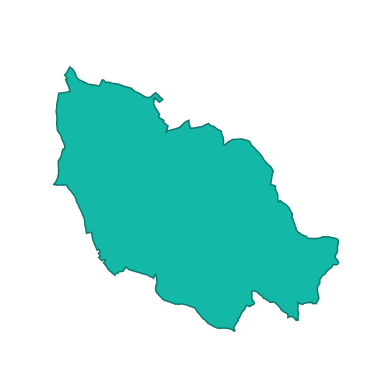 the district of Alunis, Cluj, Romania, rotated 169°
{"feature_id": "2599482B75339892502003", "entity_name": "Alunis", "entity_type": "district", "adm_level": 2, "iso_a3": "ROU", "parent_name": "Romania", "parent_adm1": "Cluj", "projection": "mercator", "projection_center": [23.748, 47.047], "detail": "fine", "context": "isolated", "style": "filled", "palette": "teal", "viewbox_px": 384, "rotation_deg": 169, "n_neighbors": 0, "source": "geoboundaries", "source_scale": "gbopen_adm2", "svg_char_len": 5893}
<svg xmlns="http://www.w3.org/2000/svg" viewBox="0 0 384 384"><g transform="rotate(169 192 192)"><path d="M226.9,84.4L223.2,84.1L219.7,82.5L217.8,81.9L216.9,80.8L213.9,79.3L211.7,77.8L211.0,77.0L209.4,72.7L208.6,71.7L207.2,69.2L206.4,67.4L205.0,65.2L204.0,64.5L201.2,60.0L196.1,55.6L193.8,54.1L191.9,53.2L186.3,52.3L181.7,50.9L178.6,49.0L177.3,47.3L176.5,47.6L176.4,48.0L176.8,49.6L177.3,50.5L175.5,52.4L174.4,54.0L173.8,54.5L173.3,55.3L171.2,56.7L171.0,57.0L171.2,57.7L170.8,58.9L170.3,58.9L169.3,59.6L168.9,60.5L167.5,62.1L166.3,64.1L162.7,66.8L160.3,70.3L160.1,70.4L158.1,69.0L156.9,68.5L156.0,69.3L155.3,69.3L153.1,69.9L151.9,70.8L152.0,71.9L152.4,72.3L152.5,73.0L152.9,73.5L152.8,73.8L152.9,74.2L153.6,74.8L153.4,76.9L153.3,78.1L152.8,79.2L152.6,81.1L152.7,81.9L152.5,82.6L150.6,83.4L148.6,82.4L147.2,81.5L145.9,79.4L144.9,78.2L143.9,77.6L143.4,76.9L142.1,74.2L141.8,73.8L140.1,72.9L139.5,72.1L137.3,70.2L136.7,69.0L135.9,68.7L132.9,68.4L131.6,67.5L128.8,63.8L127.9,62.1L127.1,59.7L126.4,58.7L125.1,57.2L121.5,54.2L121.3,52.5L121.9,50.5L119.6,50.8L117.2,50.5L116.1,49.3L115.6,48.3L115.1,48.0L114.9,47.1L114.2,46.1L113.8,46.1L113.3,47.1L113.1,46.8L113.0,46.0L112.1,46.0L112.0,48.9L110.4,52.7L110.8,54.4L110.6,55.1L110.6,56.2L110.2,58.1L109.9,58.9L109.8,59.9L109.5,60.8L109.6,61.4L109.2,61.7L109.2,63.2L108.6,62.5L105.0,60.6L103.3,61.2L101.0,61.3L100.0,61.1L99.3,61.4L97.7,61.1L97.0,60.7L96.6,61.2L96.4,61.2L95.3,60.4L95.1,60.0L95.0,59.4L93.9,59.4L91.6,58.7L88.1,62.7L87.7,64.2L87.8,67.6L87.7,71.3L87.2,74.0L86.1,75.9L84.3,77.6L83.9,78.4L83.2,81.5L83.0,82.0L81.4,83.3L80.3,84.8L79.5,85.4L78.3,85.7L77.6,85.7L76.4,86.7L76.3,87.0L75.8,87.3L75.6,88.1L75.2,88.4L73.6,88.9L73.2,89.5L72.4,90.0L71.0,90.4L68.8,91.7L68.7,92.1L68.8,92.6L67.5,93.7L67.0,93.8L64.9,93.1L63.5,93.1L62.6,93.4L62.1,94.4L61.5,94.8L62.6,98.2L63.5,99.5L63.9,100.7L63.8,101.0L63.3,101.9L62.9,103.0L62.1,104.0L60.8,105.1L60.7,105.7L60.1,107.9L59.9,109.6L59.3,111.6L58.0,114.0L57.7,117.0L58.1,117.7L59.4,118.9L63.2,120.5L63.9,120.7L66.9,122.2L69.6,122.4L71.4,123.1L75.7,122.4L78.7,122.6L81.1,123.0L83.1,123.6L85.7,123.9L86.5,124.3L88.0,125.7L88.5,127.0L89.1,126.8L89.7,127.1L91.7,128.8L93.1,129.6L93.7,130.5L94.1,131.3L95.8,132.5L96.2,134.1L96.9,134.7L96.7,136.8L96.9,138.1L97.4,139.2L97.2,141.0L97.7,142.3L98.0,145.3L98.7,148.2L98.7,148.5L98.2,149.3L97.7,151.5L98.4,152.9L99.8,158.1L102.5,162.0L104.7,164.0L107.0,166.7L109.2,165.9L109.3,167.0L108.9,169.9L108.3,173.1L109.6,179.1L109.5,179.9L108.9,181.7L113.3,184.6L110.2,193.0L109.4,194.6L109.2,195.4L108.7,196.7L108.3,196.7L108.9,199.0L109.9,201.8L110.6,202.8L111.5,203.7L112.3,204.8L114.7,208.6L115.5,210.4L116.2,212.9L118.6,217.5L121.5,221.9L122.5,223.7L124.9,226.7L125.1,228.3L125.9,230.7L127.0,231.6L133.1,234.6L142.4,235.8L143.5,235.2L146.8,234.4L148.6,233.2L151.4,231.9L151.7,232.7L151.9,233.0L152.0,233.4L151.3,235.5L151.0,238.7L151.0,239.7L151.7,243.1L151.6,245.6L151.7,246.0L152.1,246.5L154.7,248.4L158.4,252.5L160.5,253.0L162.6,256.0L166.3,255.4L168.1,254.8L168.3,254.3L177.6,254.4L181.4,254.8L181.5,257.7L181.9,260.5L181.3,262.9L184.5,262.3L186.3,261.4L190.4,258.6L191.0,258.6L191.0,257.8L197.1,257.1L204.2,256.7L204.8,256.2L205.9,255.7L202.9,261.4L203.3,261.7L204.9,263.8L205.7,264.5L206.9,266.8L206.0,267.3L207.4,269.3L207.9,269.3L208.4,269.5L209.1,270.2L210.4,273.0L209.0,274.3L211.3,280.4L212.1,282.2L212.5,284.6L212.8,285.6L212.8,286.4L211.9,288.9L211.3,289.8L212.0,290.8L210.7,291.7L209.6,290.4L209.4,289.4L208.8,289.5L207.1,286.4L205.6,286.9L203.0,288.3L204.6,290.6L205.9,292.0L205.7,292.1L206.1,292.8L208.7,296.4L210.5,295.6L214.1,293.3L216.7,293.0L218.7,293.7L220.5,294.8L224.0,298.0L224.6,298.7L227.0,300.4L227.9,300.8L228.6,301.7L229.5,302.3L229.8,302.9L230.9,303.9L231.5,305.3L239.8,309.5L242.7,311.4L246.3,312.9L249.2,313.6L252.2,315.5L253.0,315.5L253.4,315.8L254.6,315.6L255.0,316.2L255.9,316.2L256.8,317.1L257.1,318.4L257.9,319.0L258.8,319.2L262.8,313.6L265.7,315.1L272.8,317.4L280.2,322.9L281.1,323.4L282.0,324.5L282.6,325.3L283.3,326.7L283.8,328.5L283.9,330.2L284.9,333.7L286.0,335.7L288.2,338.0L290.7,334.8L292.1,333.3L292.9,332.2L294.7,331.3L292.8,327.1L294.6,326.6L294.7,326.4L294.3,325.3L293.6,325.3L293.6,325.1L293.8,324.4L294.3,323.8L293.2,320.7L292.7,316.1L292.6,314.2L297.4,313.8L304.0,314.4L306.9,306.4L307.1,306.2L308.0,303.6L308.6,301.2L310.0,297.0L310.2,291.2L312.0,284.0L312.0,280.5L312.4,278.9L312.3,278.1L312.0,277.3L309.7,271.9L309.8,269.8L309.3,267.1L308.7,265.3L308.3,263.1L308.2,261.8L308.3,260.5L308.9,258.7L309.3,258.1L309.5,258.1L310.3,258.8L310.8,258.3L311.9,256.1L313.9,251.5L317.3,248.0L317.8,245.8L318.6,239.4L319.1,238.3L319.0,237.2L319.3,235.9L321.0,231.8L321.6,230.7L323.5,228.4L324.4,227.1L325.8,226.3L326.3,225.7L323.5,224.6L319.3,224.0L316.3,222.9L315.0,223.6L314.3,223.7L312.5,218.8L310.5,215.6L307.9,210.2L307.5,208.8L307.1,204.5L306.2,201.4L305.6,198.9L305.5,198.0L304.6,195.0L304.1,193.0L303.5,189.3L302.9,187.6L302.8,184.7L303.3,180.7L303.4,171.7L301.4,171.9L301.2,171.6L298.3,171.6L298.5,164.5L298.0,161.5L296.4,153.9L296.2,152.9L294.1,153.6L293.7,151.8L293.7,150.6L295.5,149.9L294.8,148.0L294.1,147.0L294.1,146.6L294.4,146.3L296.1,145.6L295.1,144.2L293.9,142.0L291.3,142.2L290.3,142.0L289.8,141.6L289.7,141.4L289.9,141.2L292.4,139.6L290.3,135.7L289.3,132.8L288.4,130.9L284.8,126.6L283.7,125.0L283.5,125.7L283.2,126.0L281.7,126.3L280.7,127.0L280.2,126.9L279.9,126.5L279.5,127.2L278.5,127.7L277.0,127.4L274.5,127.5L271.3,130.9L270.6,130.3L268.8,127.9L262.7,124.7L259.0,122.9L256.6,121.5L251.7,119.2L249.7,117.3L248.3,116.3L247.5,116.1L246.2,114.5L244.3,117.4L243.5,118.3L243.2,117.2L243.0,114.8L243.5,112.2L243.5,110.8L244.4,108.2L244.9,107.2L245.2,107.1L245.6,106.4L245.8,105.2L246.1,104.6L246.2,103.4L246.3,101.1L245.4,99.1L245.0,98.7L245.0,98.4L243.6,96.1L242.8,95.2L241.1,92.3L239.2,90.5L238.4,90.4L237.7,90.0L229.4,85.0L228.7,85.0L226.9,84.4Z" fill="#14b8a6" stroke="#0f766e" stroke-width="1.5"/></g></svg>